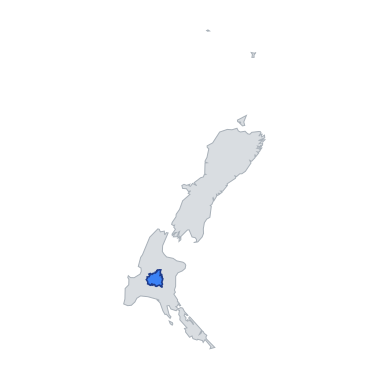 location of Taupo District, Waikato, New Zealand, rotated 171°
{"feature_id": "76426892B49452595685205", "entity_name": "Taupo District", "entity_type": "district", "adm_level": 2, "iso_a3": "NZL", "parent_name": "New Zealand", "parent_adm1": "Waikato", "projection": "natural_earth1", "projection_center": [175.983, -38.801], "detail": "fine", "context": "in_parent", "style": "filled", "palette": "blue", "viewbox_px": 384, "rotation_deg": 171, "n_neighbors": 0, "source": "geoboundaries", "source_scale": "gbopen_adm2", "svg_char_len": 6393}
<svg xmlns="http://www.w3.org/2000/svg" viewBox="0 0 384 384"><g transform="rotate(171 192 192)"><path d="M200.8,155.1L202.5,155.2L209.5,150.1L212.4,148.9L213.2,148.8L211.6,150.4L212.0,151.5L210.4,155.0L211.7,154.4L212.6,152.0L213.5,151.5L213.1,150.1L217.4,150.6L216.0,153.1L213.7,154.5L215.1,154.6L218.3,152.1L218.3,153.5L214.2,157.8L215.5,160.1L214.4,162.0L215.6,161.8L217.2,163.2L216.3,165.1L211.7,170.0L211.1,172.5L207.0,176.8L202.6,184.8L194.4,190.0L196.0,191.4L193.1,193.4L195.4,193.0L197.0,196.1L200.7,197.0L201.0,200.0L198.7,200.8L196.3,199.4L192.9,200.0L194.0,198.7L192.6,197.9L190.1,200.4L186.4,197.5L188.4,200.9L181.3,204.7L178.4,205.1L177.3,207.1L175.6,207.3L176.6,207.9L174.6,218.6L172.5,218.5L174.4,219.7L174.1,220.8L171.8,223.8L168.7,231.9L170.0,233.8L169.8,235.2L163.9,237.3L155.3,246.9L147.3,248.3L142.8,247.2L137.6,247.9L136.7,245.1L134.8,243.7L130.1,243.7L127.8,240.7L125.9,240.0L123.6,241.6L116.3,241.3L114.9,240.8L114.6,239.7L117.3,236.7L114.8,238.3L113.7,238.1L114.7,236.8L114.5,235.5L111.5,236.8L111.7,234.1L118.3,232.4L115.6,232.2L115.4,231.3L118.0,229.3L114.5,229.5L115.0,227.2L116.9,227.2L116.2,225.5L120.2,227.2L119.6,225.6L121.1,225.1L118.4,223.9L118.2,222.2L119.6,221.0L121.4,221.5L120.1,220.0L123.3,217.1L124.1,219.3L124.3,216.1L128.3,213.0L130.0,214.2L129.2,211.4L136.0,204.1L139.9,202.2L142.0,202.5L145.5,200.3L147.1,201.2L146.5,199.5L146.9,198.8L156.0,194.6L156.0,193.3L157.0,193.0L156.3,192.7L161.4,188.1L163.6,188.4L162.3,187.1L164.4,185.9L166.6,186.9L165.3,185.4L167.3,184.6L168.2,185.8L168.3,184.0L171.4,180.3L172.0,183.2L172.4,182.8L172.2,179.9L174.4,176.5L176.1,175.8L175.2,174.8L178.3,164.2L181.7,162.9L184.6,159.7L186.6,153.8L187.1,149.3L189.0,146.0L194.1,141.8L198.3,141.8L195.4,142.2L195.0,144.4L195.9,146.3L199.0,147.6L200.8,155.1ZM197.5,36.3L202.2,44.2L204.5,41.7L204.9,43.6L209.4,45.7L210.2,45.0L214.0,47.0L214.5,49.8L217.1,48.9L220.3,54.8L219.8,56.3L220.8,58.4L218.2,58.6L224.0,67.6L223.3,70.8L224.3,73.0L222.9,77.0L225.3,78.2L226.2,77.2L231.1,79.7L232.4,83.5L234.6,83.4L233.8,74.4L232.3,72.0L233.4,70.6L236.6,75.4L237.8,75.2L239.3,79.1L240.9,87.6L242.9,90.2L241.8,89.8L241.6,90.4L242.6,91.2L252.0,95.5L259.1,97.4L263.1,95.7L265.6,92.3L269.6,89.6L273.3,89.8L277.0,92.1L275.0,96.8L273.1,107.2L269.0,110.2L268.0,115.5L268.8,117.6L268.0,119.3L266.2,117.1L262.5,116.4L256.2,119.0L254.5,121.6L254.3,124.9L256.7,126.9L252.9,135.5L250.7,137.8L240.8,154.0L231.5,160.9L230.2,160.3L229.5,157.6L225.5,157.7L225.7,154.5L225.3,154.2L223.7,155.9L222.0,155.3L229.4,143.6L230.6,137.8L229.2,134.7L227.2,131.8L221.0,129.4L217.9,126.4L212.0,124.1L210.3,122.6L209.6,120.7L210.7,117.6L213.9,115.6L218.5,114.4L221.3,111.3L222.9,101.5L224.7,97.9L224.1,95.6L225.9,94.0L223.1,87.8L223.6,85.8L222.7,85.6L221.0,81.6L222.1,81.4L223.1,83.6L224.1,81.8L225.9,81.3L223.8,78.8L221.2,79.6L219.4,78.8L218.1,75.0L215.3,70.9L216.1,70.7L218.3,72.8L219.1,71.2L217.6,68.8L218.2,66.4L216.4,65.1L216.2,66.6L213.1,64.3L211.3,60.6L211.4,62.5L215.0,68.0L214.0,69.1L213.4,68.5L204.1,54.1L207.1,50.1L205.3,50.9L203.6,53.3L202.7,52.3L202.1,50.5L199.8,48.1L200.9,46.7L200.9,44.8L193.8,34.9L198.7,34.4L197.5,36.3ZM131.8,249.4L134.5,253.0L133.1,252.7L133.2,253.5L135.9,254.3L135.9,255.9L126.3,259.1L129.9,253.1L129.5,249.5L131.8,249.4ZM110.8,318.2L111.7,320.5L108.6,319.3L107.0,319.8L109.3,317.6L109.6,315.3L111.8,315.6L110.8,318.2ZM234.1,65.3L234.7,68.1L231.8,66.0L231.6,64.6L232.4,63.6L234.1,65.3ZM211.9,147.9L210.1,148.9L210.5,146.6L212.6,145.2L211.9,147.9ZM114.7,231.4L114.5,232.7L111.8,232.2L113.9,230.7L114.7,231.4ZM151.5,348.4L152.3,349.2L150.9,349.6L149.5,348.3L151.5,348.4ZM117.6,223.2L118.3,225.3L116.5,224.2L117.6,223.2Z" fill="#d9dde1" stroke="#a8b0b8" stroke-width="1"/><path d="M235.5,105.6L235.8,107.0L236.0,107.2L235.9,107.3L236.0,107.4L235.9,107.5L235.9,107.9L235.8,108.0L235.7,108.2L235.6,108.4L235.4,108.7L235.3,108.8L235.2,108.8L235.1,109.0L235.1,109.3L235.2,109.5L234.9,109.7L234.9,109.8L234.9,110.0L234.5,110.4L234.4,110.6L234.3,110.8L234.4,111.0L234.5,111.1L234.6,111.5L234.8,111.4L234.9,111.6L235.1,111.9L235.1,112.0L234.9,112.3L234.7,112.6L234.7,112.9L234.8,112.9L234.9,113.1L235.1,113.5L235.0,113.8L235.0,114.0L234.8,114.3L234.9,114.6L235.0,114.5L234.9,114.9L235.5,114.8L235.8,114.6L236.0,114.8L236.6,114.7L236.5,114.9L236.1,115.4L236.1,115.6L236.0,115.8L235.9,116.0L235.9,115.9L235.7,116.0L235.8,116.2L235.7,116.3L235.7,116.6L235.8,116.6L236.0,116.7L236.0,116.8L236.0,117.4L235.9,117.9L234.9,120.0L236.4,120.3L236.9,120.2L237.4,120.3L237.4,120.2L237.6,120.2L237.8,120.2L237.8,120.3L238.0,120.3L238.4,120.4L238.7,120.2L238.8,120.0L238.9,119.9L239.2,119.8L239.2,119.7L239.0,119.4L239.3,119.3L239.5,119.1L239.6,118.9L239.5,118.7L239.8,118.6L240.0,118.6L239.9,118.5L240.0,118.4L240.3,118.4L240.5,118.4L240.6,118.1L240.6,117.9L240.7,117.7L241.7,117.9L242.2,117.8L242.4,117.8L242.5,117.8L242.7,117.7L242.8,117.7L243.0,117.6L243.3,117.5L243.6,117.6L243.7,117.4L243.9,117.3L243.9,117.2L244.0,117.2L244.3,117.0L244.4,116.9L245.9,118.1L246.7,117.9L246.6,117.7L246.4,117.5L246.3,117.4L246.3,117.5L246.3,117.4L247.0,117.1L247.3,117.2L247.0,116.2L247.4,115.1L248.8,115.1L248.7,115.1L249.7,115.1L249.7,114.9L249.6,114.7L249.5,114.4L249.5,114.2L249.5,113.9L250.9,112.6L250.2,111.3L250.1,110.9L249.9,110.8L249.8,109.8L250.2,108.2L249.8,108.0L249.7,108.1L248.9,107.7L248.7,107.4L248.8,107.3L248.7,107.2L248.6,106.9L248.2,106.8L248.2,106.7L247.8,106.5L247.8,106.8L247.7,106.8L247.1,106.6L246.5,106.4L246.2,107.5L245.4,107.2L245.3,106.9L245.5,106.8L245.5,106.7L245.6,106.4L245.4,106.2L245.2,106.0L244.9,106.3L244.7,106.4L244.5,106.5L244.4,106.6L244.2,106.6L243.9,106.6L243.7,106.6L243.5,106.4L243.3,106.1L243.2,106.1L243.1,105.9L243.2,105.7L243.1,105.4L243.1,105.2L242.9,105.1L242.8,104.8L242.7,104.7L242.6,104.8L242.5,104.7L242.4,104.7L242.1,104.7L241.9,104.4L241.7,104.3L241.4,104.3L241.1,104.6L240.9,104.7L240.8,104.8L240.7,104.8L240.2,104.9L239.9,104.9L239.7,105.0L239.4,105.0L239.2,105.0L238.9,105.2L238.7,105.2L238.4,105.0L238.4,104.9L238.1,104.6L237.9,104.5L237.8,104.4L238.0,104.1L238.0,103.9L237.9,103.8L237.8,103.7L237.7,103.7L237.4,103.6L237.2,103.3L237.1,103.2L236.7,103.0L236.7,102.9L236.4,102.9L236.4,103.0L236.4,102.9L236.3,103.1L236.5,103.3L236.7,103.5L236.7,103.9L236.8,103.9L236.8,104.0L236.7,104.2L236.7,104.3L236.6,104.5L236.4,104.7L236.2,104.7L236.1,104.8L236.0,105.0L235.9,105.0L235.7,105.3L235.5,105.6Z" fill="#3b82f6" stroke="#1e3a8a" stroke-width="1.5"/></g></svg>